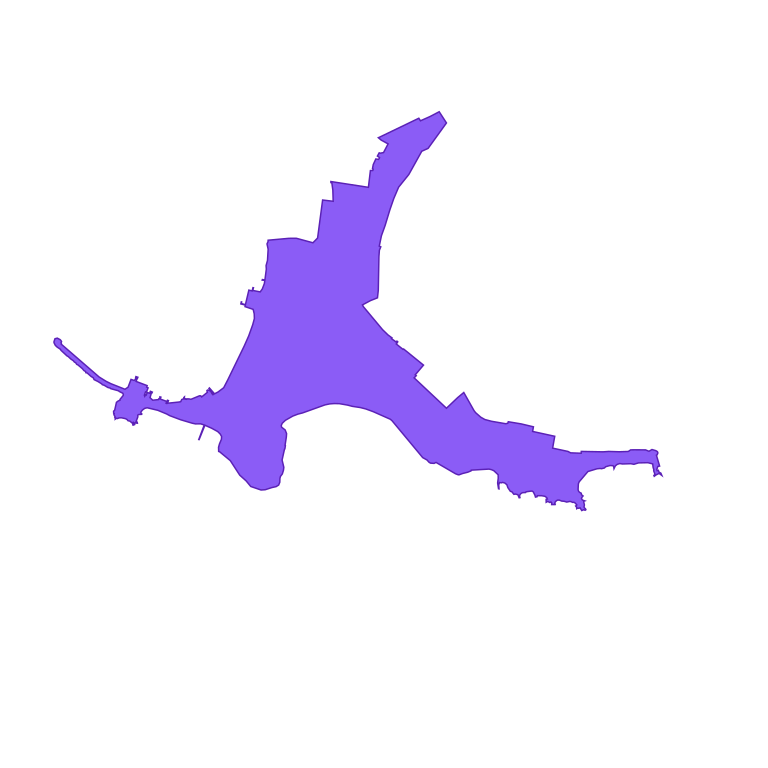 the district of Al Gumruk, Al Iskandariyah, Egypt, rotated 228°
{"feature_id": "37247803B59433804182787", "entity_name": "Al Gumruk", "entity_type": "district", "adm_level": 2, "iso_a3": "EGY", "parent_name": "Egypt", "parent_adm1": "Al Iskandariyah", "projection": "orthographic", "projection_center": [29.884, 31.203], "detail": "fine", "context": "isolated", "style": "filled", "palette": "violet", "viewbox_px": 768, "rotation_deg": 228, "n_neighbors": 0, "source": "geoboundaries", "source_scale": "gbopen_adm2", "svg_char_len": 6171}
<svg xmlns="http://www.w3.org/2000/svg" viewBox="0 0 768 768"><g transform="rotate(228 384 384)"><path d="M570.8,544.6L567.1,545.1L559.7,547.7L556.3,538.5L558.0,535.7L559.0,535.1L557.8,531.6L555.3,532.2L554.8,531.4L554.6,530.2L556.7,528.5L554.3,522.9L551.8,519.6L550.9,519.7L550.2,518.5L551.7,516.7L540.6,504.0L570.0,480.0L569.2,479.3L568.5,479.9L562.3,475.7L553.8,468.5L561.8,461.5L536.9,432.3L536.5,425.7L550.9,416.4L555.9,410.8L568.4,394.1L567.4,393.1L566.4,390.8L561.7,388.1L553.8,380.1L550.9,375.6L548.1,373.4L541.0,365.1L543.0,363.5L542.7,363.0L540.8,364.8L538.7,362.3L536.0,357.0L535.3,353.6L541.3,349.1L542.9,351.4L543.3,351.1L541.4,348.3L544.2,346.4L535.7,334.1L539.3,331.8L540.2,333.1L540.5,332.9L539.3,331.2L535.4,333.8L534.5,332.5L527.0,336.7L523.0,334.5L519.4,331.5L515.9,326.1L510.3,315.7L505.7,305.4L491.7,270.9L488.5,262.4L489.1,255.4L490.1,251.5L497.9,251.6L497.8,250.9L490.5,250.9L490.5,249.7L492.1,249.7L492.2,250.2L495.8,250.1L497.6,248.8L497.6,248.0L496.0,247.1L496.4,239.9L497.8,239.9L498.7,239.0L501.8,230.3L503.3,229.2L504.8,227.6L504.7,227.1L505.3,226.5L505.7,226.7L506.5,225.6L507.9,227.0L507.9,226.2L507.1,225.2L507.8,223.3L506.9,221.1L507.7,219.7L514.6,210.2L515.9,212.7L516.8,212.2L516.5,211.6L516.1,211.9L514.9,209.5L515.5,209.2L516.4,210.9L522.7,207.6L523.5,209.4L524.4,208.9L524.2,208.6L523.7,208.9L523.0,207.4L523.7,206.9L523.3,206.0L526.7,201.3L530.4,201.0L533.3,205.6L532.7,205.8L533.0,206.4L534.9,205.5L534.7,205.0L533.9,205.4L533.3,204.0L536.1,202.4L534.9,199.9L535.5,199.6L535.0,198.0L536.0,198.4L537.7,201.5L536.9,202.0L539.0,206.1L540.5,205.5L541.3,206.9L551.8,201.5L553.5,204.5L553.2,204.6L553.7,205.6L555.5,204.6L555.0,203.8L554.7,203.9L553.8,202.0L553.8,200.7L556.7,199.1L552.9,191.7L553.4,188.0L554.0,187.7L566.9,181.3L571.9,179.3L579.8,177.0L629.6,170.8L630.0,171.4L630.8,171.6L631.2,172.7L632.4,173.0L633.7,173.0L636.7,171.9L637.8,169.8L636.3,167.1L635.5,166.4L632.6,165.6L630.1,165.8L626.7,166.7L624.9,166.5L617.1,167.2L615.7,167.7L612.0,168.0L609.2,168.7L607.5,168.6L606.2,169.1L604.2,168.8L603.1,169.3L597.2,170.1L594.8,170.0L592.9,170.6L591.9,170.0L590.8,170.8L585.4,171.4L583.3,172.1L581.2,171.5L577.2,173.1L573.0,174.3L572.0,174.2L570.3,175.2L566.1,176.5L564.4,177.7L563.4,177.8L556.5,182.2L555.7,182.2L551.9,183.7L550.7,183.3L550.0,182.5L549.2,177.5L548.6,177.1L549.3,174.8L549.4,172.9L544.8,166.4L544.7,164.8L543.1,163.5L542.5,163.7L542.0,162.8L539.3,162.1L539.1,161.4L538.2,161.4L537.7,160.8L537.5,162.3L536.7,162.8L536.1,164.4L534.7,166.2L531.2,168.7L529.5,169.3L528.0,169.2L526.5,170.3L522.9,170.8L523.5,171.4L523.3,172.1L521.8,171.9L521.9,170.1L521.6,169.9L521.2,170.2L520.7,171.6L521.6,172.2L521.8,172.8L519.9,174.5L520.8,175.1L521.9,174.5L524.3,179.1L525.6,180.1L525.5,181.2L523.6,183.6L523.8,184.0L525.2,184.0L525.8,184.5L526.3,187.0L526.0,189.9L524.8,192.1L515.8,198.3L507.2,202.4L503.8,203.6L493.4,209.0L483.1,215.3L480.5,217.2L477.1,221.1L473.8,223.0L466.7,209.2L466.4,209.4L473.2,223.3L466.5,226.3L459.9,228.6L456.4,228.8L453.7,228.2L451.7,226.2L449.6,221.7L447.7,218.7L444.5,216.0L443.6,216.5L429.9,218.5L412.8,215.8L404.2,216.7L397.0,216.4L387.5,221.7L384.9,225.0L382.1,231.3L379.9,235.2L379.4,238.1L380.7,240.8L383.5,243.5L384.6,245.2L385.2,248.3L387.2,251.6L389.1,253.8L395.7,257.4L402.2,266.5L402.1,266.9L404.2,269.5L404.6,269.4L409.9,275.9L412.3,278.4L416.0,279.8L420.5,279.0L421.9,279.9L422.9,282.1L423.0,286.5L421.2,294.7L419.2,299.9L417.0,304.1L408.0,326.1L405.5,330.4L402.7,334.0L399.2,337.7L392.7,342.8L388.6,345.5L382.4,350.6L377.6,353.8L370.6,357.5L353.6,365.1L351.3,365.4L303.4,363.5L298.8,365.1L295.7,365.1L294.1,365.6L291.5,368.1L290.9,370.2L269.4,377.1L266.9,378.4L266.2,379.2L264.9,382.5L262.4,387.2L261.2,390.6L261.6,391.2L250.5,405.1L248.5,406.5L246.1,407.6L240.2,408.1L237.6,405.9L234.4,402.2L229.5,399.0L229.1,399.3L232.2,401.7L233.5,403.9L232.0,405.1L231.6,406.2L229.7,407.5L226.9,407.9L224.1,406.7L219.7,406.1L218.4,406.9L215.1,406.7L214.3,408.0L212.2,409.4L209.0,408.3L208.6,409.0L210.3,409.9L210.9,411.6L210.9,412.9L210.5,414.3L208.6,416.6L208.8,417.5L205.8,421.9L204.9,422.6L203.8,422.7L200.5,421.8L198.6,420.9L197.8,422.3L198.4,423.2L195.5,426.4L192.8,428.5L190.6,428.9L189.2,428.4L189.8,427.3L187.6,425.4L187.2,427.1L184.9,428.0L184.8,428.9L184.4,429.2L183.4,429.1L182.2,427.9L179.9,430.5L180.1,430.9L180.9,430.8L181.7,432.1L181.9,434.1L181.5,435.4L180.4,436.6L178.1,437.7L176.3,439.4L174.0,440.8L172.4,443.5L171.4,444.3L169.9,444.9L169.0,446.0L167.8,446.4L165.2,446.4L164.9,445.8L165.1,444.8L163.6,444.7L162.4,443.8L162.2,444.8L161.4,445.5L160.8,446.8L157.6,446.3L157.0,448.2L155.6,449.0L155.5,449.9L156.3,450.2L158.1,450.1L158.9,450.5L160.0,452.0L162.9,453.6L163.2,454.0L162.8,455.0L165.0,453.8L166.7,454.1L167.3,455.0L167.6,457.0L169.5,456.7L170.9,457.5L172.7,456.8L174.4,456.9L175.8,457.7L179.8,461.7L180.7,463.6L182.5,477.0L178.5,485.5L176.6,488.1L175.5,489.0L174.1,491.6L174.2,493.4L172.2,497.4L170.1,499.5L168.9,499.4L167.2,498.3L168.4,501.2L168.2,503.6L167.1,506.0L165.0,507.7L159.6,514.1L157.1,516.0L155.1,520.3L148.9,527.5L144.8,530.2L142.0,528.2L139.8,527.2L139.0,526.3L135.7,525.0L135.4,524.4L135.5,523.4L134.6,523.1L134.4,525.3L133.5,528.6L130.2,529.3L132.5,530.1L134.4,529.4L136.3,530.1L136.8,529.0L138.0,529.6L139.5,532.3L138.6,533.9L148.8,538.8L148.6,539.5L149.3,541.1L150.0,541.7L150.9,541.9L152.6,541.4L156.0,539.3L156.7,535.9L160.0,534.3L167.6,526.0L170.0,523.2L170.4,520.4L176.2,513.5L183.5,505.9L187.0,501.4L201.9,485.5L200.6,484.2L208.0,476.6L210.8,475.6L223.5,466.4L230.9,475.9L249.3,462.7L252.2,466.4L262.5,459.3L272.8,451.1L272.0,449.7L273.0,447.9L284.3,439.0L290.1,435.2L294.6,433.7L301.4,432.9L304.0,433.1L324.3,437.6L324.6,429.6L324.2,414.2L368.4,410.5L368.6,413.5L369.9,413.3L371.6,426.0L396.9,422.0L397.0,421.3L405.5,419.9L406.1,422.4L407.2,422.3L407.2,421.1L412.7,419.9L412.9,420.8L417.8,419.8L425.3,419.3L455.1,420.4L457.2,420.9L455.0,429.8L452.4,436.8L457.4,442.4L482.0,465.4L486.5,470.1L488.1,473.4L489.6,472.7L495.9,481.3L501.0,490.8L509.5,504.9L515.3,515.4L520.5,526.6L523.1,542.7L531.7,567.8L529.6,574.5L536.2,605.1L549.4,607.2L552.0,597.1L555.2,587.2L558.2,587.7L570.8,544.6Z" fill="#8b5cf6" stroke="#5b21b6" stroke-width="1.5"/></g></svg>